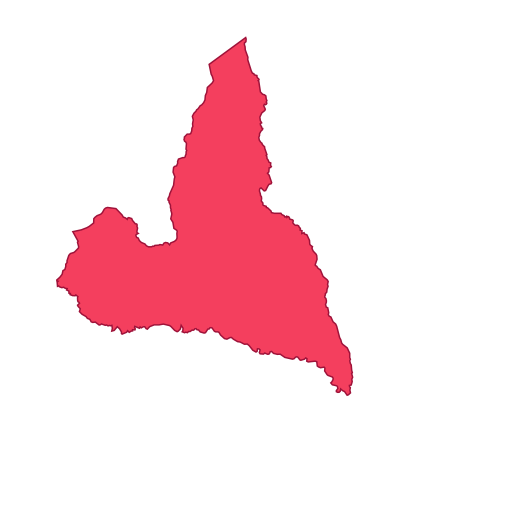 outline of São José do Rio Claro, Mato Grosso, Brazil, rotated 131°
{"feature_id": "56859067B99749673428904", "entity_name": "São José do Rio Claro", "entity_type": "district", "adm_level": 2, "iso_a3": "BRA", "parent_name": "Brazil", "parent_adm1": "Mato Grosso", "projection": "mercator", "projection_center": [-56.788, -13.44], "detail": "fine", "context": "isolated", "style": "filled", "palette": "rose", "viewbox_px": 512, "rotation_deg": 131, "n_neighbors": 0, "source": "geoboundaries", "source_scale": "gbopen_adm2", "svg_char_len": 6162}
<svg xmlns="http://www.w3.org/2000/svg" viewBox="0 0 512 512"><g transform="rotate(131 256 256)"><path d="M404.8,390.6L405.5,389.9L404.9,388.8L406.2,388.9L409.1,385.9L408.0,385.3L408.2,384.2L407.3,381.8L405.8,380.7L405.5,378.6L404.5,377.1L405.9,376.6L405.2,374.3L406.8,372.7L406.1,371.5L407.1,371.0L406.2,368.4L404.6,366.4L403.6,366.4L403.5,363.7L404.6,363.3L406.7,361.3L407.3,360.3L407.1,359.3L407.4,358.2L410.2,358.4L410.7,357.3L411.1,354.0L413.8,352.8L414.1,349.1L413.2,344.5L413.7,342.3L412.8,339.8L413.8,337.2L413.2,335.6L411.3,333.9L411.0,329.1L409.9,328.3L408.7,328.1L407.2,324.3L406.1,323.5L405.8,321.8L404.6,321.1L404.0,319.9L402.9,319.3L404.9,316.9L407.3,315.6L405.2,314.2L400.4,314.3L400.4,311.3L401.6,307.7L402.7,306.8L402.8,305.8L398.4,303.6L396.6,303.9L396.8,301.6L394.5,300.9L393.5,300.0L392.6,300.8L391.2,298.9L390.2,299.3L389.7,300.7L388.6,301.3L387.0,296.6L385.6,296.9L385.6,295.5L383.3,294.6L382.4,293.6L382.9,291.3L382.5,290.0L379.1,289.9L374.8,287.7L371.6,284.0L368.2,281.3L365.2,275.6L365.0,274.0L365.5,268.6L364.9,265.9L363.9,265.4L360.8,265.2L357.4,267.0L358.4,263.6L360.6,262.1L361.6,262.0L360.8,259.6L359.6,259.0L358.8,257.4L357.3,257.4L356.2,256.2L353.8,255.6L353.2,254.7L352.3,254.3L351.1,254.4L350.1,253.5L350.4,252.2L349.5,250.9L349.9,248.3L348.2,244.6L347.0,243.8L342.8,244.4L341.8,243.5L340.5,243.7L339.7,243.1L339.1,242.0L340.1,238.0L339.7,236.7L338.3,235.0L337.9,233.9L338.9,230.9L339.0,225.6L337.8,223.4L334.6,222.1L333.6,221.1L333.6,218.4L332.7,213.7L331.3,211.5L330.2,206.9L328.2,204.8L328.1,202.4L329.2,196.6L328.5,193.0L327.3,192.6L325.1,194.0L324.1,192.8L324.2,191.3L326.7,190.1L327.1,188.7L325.1,186.0L323.5,185.7L322.6,182.9L321.6,181.9L320.5,181.9L319.0,182.5L317.8,181.6L318.0,178.9L316.2,175.4L314.2,173.3L313.6,167.7L312.9,166.4L309.9,160.8L308.6,159.9L306.5,159.8L305.4,159.2L304.9,158.1L305.6,154.7L305.3,153.8L302.0,151.7L300.3,151.6L300.1,150.1L302.1,148.7L301.7,147.1L296.6,142.4L295.9,140.8L298.8,137.6L298.7,136.0L298.0,134.0L295.2,131.7L295.4,130.4L297.7,128.8L298.9,124.6L298.9,123.4L297.2,118.9L297.7,117.5L298.7,116.8L301.1,116.2L302.7,116.3L303.1,113.9L301.1,110.1L301.0,109.0L302.3,107.3L305.0,107.0L305.7,106.3L305.3,104.9L304.3,103.9L302.8,103.7L300.8,104.9L300.8,102.3L300.2,100.2L301.3,95.9L300.1,95.2L297.3,94.9L295.6,97.2L293.5,98.4L293.3,99.6L292.4,100.6L290.9,99.5L287.7,101.0L286.1,102.9L284.1,103.5L281.9,106.8L280.9,106.7L279.5,108.8L275.8,112.6L275.2,114.3L273.6,116.5L272.0,117.0L271.3,118.5L267.9,121.5L265.5,126.9L265.8,132.6L265.5,134.2L263.6,137.1L262.7,139.4L256.1,149.0L255.1,151.2L255.1,154.7L252.9,159.5L253.4,161.3L252.8,163.0L251.1,163.9L248.0,167.9L248.5,169.4L247.0,171.7L244.7,172.6L243.5,173.6L242.2,175.4L242.1,176.9L241.1,177.8L239.9,178.1L239.1,178.9L236.9,178.9L234.6,180.5L231.5,181.8L230.6,183.3L227.9,184.8L227.3,186.5L227.4,192.0L224.2,198.4L224.6,201.0L223.9,203.4L224.2,205.0L223.5,205.7L218.4,207.8L215.8,210.5L215.2,211.9L214.8,215.9L214.2,217.4L213.3,219.0L211.9,219.5L212.1,222.0L211.8,223.2L209.1,225.9L206.6,231.5L207.6,233.9L206.9,235.0L209.0,236.2L206.7,237.9L207.5,239.7L206.0,240.7L206.0,242.0L205.3,243.7L205.8,245.3L206.7,245.9L207.1,246.9L207.1,248.2L206.8,250.0L205.0,251.0L204.7,252.0L206.0,254.8L205.2,255.9L204.9,257.2L205.5,258.0L206.5,258.0L205.9,259.0L207.1,259.3L207.7,260.1L207.1,261.2L207.8,263.7L207.4,265.2L211.7,270.1L213.1,272.8L212.2,274.2L212.0,278.8L212.6,280.0L211.8,280.8L213.0,283.8L212.5,284.8L211.5,285.5L211.0,288.1L208.9,289.5L207.7,290.8L207.3,292.4L206.3,293.4L204.7,296.0L203.4,297.0L202.3,297.3L201.3,296.8L201.5,292.5L200.3,291.7L195.2,293.0L193.3,293.2L191.6,292.0L190.4,292.3L186.4,299.1L186.0,301.6L184.1,301.5L180.8,303.9L179.6,303.0L178.3,303.2L178.2,304.4L176.1,305.9L176.7,307.7L175.5,310.1L175.3,311.6L174.1,312.7L173.3,314.4L172.4,314.2L168.8,320.4L168.0,321.0L167.7,324.5L167.0,325.4L167.1,326.8L166.4,329.5L164.8,331.6L162.4,332.6L161.6,333.5L158.5,334.2L156.4,334.0L155.3,334.6L155.6,335.8L154.8,336.6L154.2,338.6L153.2,339.6L151.8,339.1L151.0,341.5L148.7,344.2L144.2,345.5L140.4,344.8L139.1,345.3L137.5,348.8L136.0,349.2L135.6,348.1L134.6,347.8L133.5,348.1L133.2,349.2L131.5,349.8L130.9,351.2L128.7,353.6L128.8,355.4L129.6,357.1L129.3,360.3L122.5,368.3L122.2,369.5L121.0,369.3L120.5,370.3L120.6,371.5L120.1,372.9L119.2,373.7L120.4,376.1L119.8,377.3L120.4,378.6L119.3,381.2L113.3,391.0L111.3,392.5L107.5,399.3L105.2,401.6L104.2,403.3L102.8,404.5L100.9,404.2L98.7,405.8L97.9,407.1L142.1,417.1L148.2,409.1L149.1,406.8L151.6,403.0L154.3,402.6L160.7,403.3L164.9,400.5L168.1,399.5L171.7,396.9L174.7,396.1L177.7,396.1L179.1,396.7L182.9,396.3L184.7,396.7L186.1,396.3L188.9,396.5L192.3,395.7L194.5,392.6L197.9,390.6L199.6,388.7L201.6,388.2L203.9,386.5L206.5,385.6L207.7,386.2L209.2,387.9L213.3,388.1L214.0,387.3L215.2,386.9L216.2,385.3L216.1,383.7L216.7,382.3L221.3,378.9L221.8,377.5L223.0,377.2L225.3,375.4L226.3,375.3L227.5,374.5L228.8,374.7L229.9,375.9L233.7,378.1L236.1,377.2L237.3,376.0L240.1,375.1L242.0,376.3L243.4,376.2L247.1,373.6L249.5,369.1L251.3,368.3L256.7,364.6L265.5,361.9L267.7,360.7L270.3,360.1L271.5,359.1L271.5,357.8L272.5,356.9L273.7,354.0L275.7,352.2L276.6,350.6L277.5,350.1L278.9,347.8L280.0,346.8L283.9,344.7L285.1,340.8L289.0,336.1L288.6,332.8L289.0,331.7L290.9,330.5L293.6,327.9L294.8,327.1L296.5,326.8L298.6,327.2L302.2,329.0L304.3,328.5L304.0,331.2L305.2,333.2L306.7,333.9L308.9,333.6L310.4,336.0L311.6,336.5L314.4,339.3L315.7,339.4L316.3,340.4L317.5,340.8L319.6,343.1L320.2,345.4L319.8,347.7L321.0,351.4L320.9,354.1L319.7,356.8L320.3,358.2L319.3,360.2L318.4,360.5L316.2,359.7L316.4,361.0L315.5,362.1L312.6,363.7L311.8,365.2L310.5,366.1L310.1,367.1L310.9,368.2L310.2,372.5L309.3,374.4L310.5,377.2L311.6,377.7L312.8,377.2L312.9,379.6L313.7,381.7L312.9,384.0L312.1,392.8L316.8,399.9L318.6,401.0L320.4,401.2L324.0,400.4L326.4,400.6L329.8,402.4L332.4,402.9L334.2,402.9L337.6,400.2L343.1,401.3L345.6,402.2L350.9,405.0L357.8,410.2L361.6,399.9L362.7,399.8L365.3,396.0L366.5,395.2L371.5,395.5L372.9,395.8L375.9,397.7L378.3,397.7L383.6,395.5L384.9,394.3L387.0,394.2L388.7,392.7L391.6,391.4L393.7,392.1L397.0,390.3L400.7,390.1L404.8,390.6Z" fill="#f43f5e" stroke="#9f1239" stroke-width="1.5"/></g></svg>